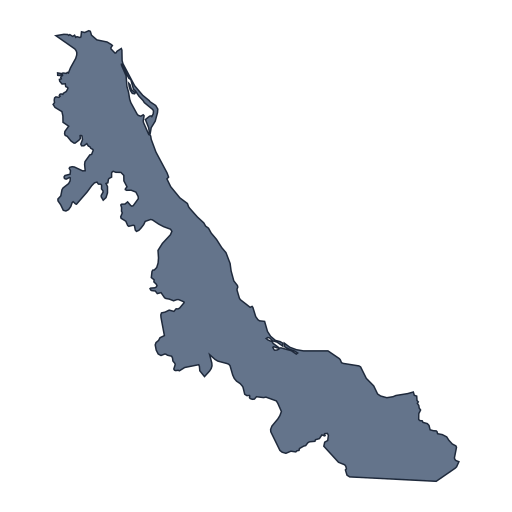 Veracruz, Albers equal-area conic projection
{"feature_id": "MEX-2734", "entity_name": "Veracruz", "entity_type": "State", "adm_level": 1, "iso_a3": "MEX", "parent_name": "Mexico", "parent_adm1": "", "projection": "albers", "projection_center": [-96.92, 19.815], "detail": "fine", "context": "isolated", "style": "filled", "palette": "slate", "viewbox_px": 512, "rotation_deg": 0, "n_neighbors": 0, "source": "natural_earth", "source_scale": "10m", "svg_char_len": 5924}
<svg xmlns="http://www.w3.org/2000/svg" viewBox="0 0 512 512"><path d="M121.3,48.5L121.9,50.2L122.1,60.5L122.9,63.6L134.6,85.7L142.7,95.3L149.2,100.6L150.1,101.8L155.7,105.5L157.8,109.1L157.5,112.6L155.2,121.2L151.2,127.7L150.2,133.5L149.6,133.5L148.6,127.6L145.4,119.5L149.6,116.2L151.1,115.9L151.8,116.6L153.2,113.9L153.5,111.1L152.8,109.6L144.3,102.6L143.1,100.6L138.9,96.1L135.3,90.7L133.5,89.2L130.8,79.6L128.7,78.1L121.3,63.6L121.6,65.5L126.1,75.8L126.9,86.4L128.5,92.0L129.7,99.3L130.8,102.6L137.1,114.1L138.3,115.4L140.8,116.2L143.2,114.8L144.1,115.8L143.2,120.9L143.5,122.6L148.8,134.6L150.1,135.0L150.7,136.1L151.2,139.3L155.9,152.0L167.0,172.8L168.6,177.1L166.9,178.9L170.7,186.7L179.9,197.9L187.4,203.5L188.6,206.8L189.7,208.3L197.4,217.0L203.8,222.9L205.6,226.1L208.5,228.2L211.2,233.1L216.5,239.4L221.7,247.6L226.0,252.7L230.1,263.5L231.1,270.9L233.8,280.9L237.4,285.5L237.8,287.1L237.0,289.2L237.1,290.4L239.4,298.2L240.4,299.7L250.1,307.3L252.1,306.4L252.9,307.5L255.7,316.6L257.9,319.7L259.5,320.8L264.6,321.4L267.5,331.5L270.6,336.3L275.4,340.4L280.1,341.6L282.8,343.2L282.8,346.1L277.0,342.1L272.6,340.8L269.7,338.0L267.9,337.5L266.2,338.5L268.0,340.0L272.3,341.8L273.1,343.4L278.4,347.3L278.4,347.9L277.1,347.9L273.7,346.7L272.8,347.3L274.0,349.7L274.8,350.3L277.1,350.0L278.9,349.1L279.5,348.0L281.0,347.9L291.3,350.7L296.3,354.1L297.7,353.0L294.4,350.9L289.1,349.1L284.7,346.8L284.4,343.2L289.9,347.3L296.4,349.7L303.5,350.9L328.0,350.9L339.3,358.6L340.3,359.8L341.5,362.7L343.2,363.4L358.9,365.9L360.6,366.9L366.3,378.4L373.7,385.9L377.6,394.0L380.6,396.0L386.8,397.7L393.1,396.7L395.9,395.5L407.7,393.6L413.3,392.0L414.3,395.3L416.7,396.1L417.0,400.5L418.3,401.9L417.3,403.3L418.8,405.5L419.2,408.1L420.6,410.0L418.8,413.6L418.7,419.5L419.9,420.6L422.2,420.8L423.0,422.4L427.3,423.6L429.0,425.4L430.1,429.8L433.3,430.7L436.2,430.9L437.0,431.6L437.6,433.7L442.3,434.6L446.7,436.9L448.8,440.2L452.3,444.0L455.9,445.9L456.5,447.3L454.4,458.0L455.0,459.6L456.0,460.6L458.9,461.7L456.6,466.8L455.2,468.2L436.2,481.3L349.7,476.9L347.0,475.2L345.4,469.9L346.4,468.9L346.3,468.2L345.8,466.3L344.7,464.8L338.5,462.3L323.8,446.2L324.7,442.2L327.7,440.5L328.4,435.3L327.4,433.4L324.8,433.6L324.3,434.2L325.1,435.6L324.5,435.9L321.9,434.9L319.4,438.6L315.5,439.7L314.9,441.3L309.5,441.8L307.8,442.8L305.7,445.6L303.7,446.1L299.5,448.5L299.0,450.4L296.9,450.8L295.8,451.9L290.9,451.2L285.9,453.3L282.1,452.2L279.9,450.4L270.8,431.8L270.6,429.5L271.9,426.1L277.8,419.0L279.9,415.6L281.4,411.5L277.8,403.3L276.3,400.9L265.9,397.1L263.6,397.6L256.5,396.7L254.4,399.1L252.3,399.3L250.3,398.6L249.5,397.7L249.8,396.2L249.5,395.5L246.8,395.6L244.7,394.2L243.0,387.2L242.2,385.9L240.2,383.6L236.6,381.2L234.3,378.5L232.7,375.0L230.0,365.6L228.7,364.2L226.9,363.5L217.8,361.1L215.0,359.4L209.6,354.6L211.8,363.0L212.0,365.9L211.2,368.5L209.6,371.0L204.5,376.6L199.8,370.8L199.4,366.4L198.7,364.7L184.7,367.5L179.4,370.8L178.1,370.3L175.6,370.6L174.5,370.2L173.8,369.0L175.2,364.6L174.8,363.3L172.9,361.0L172.5,358.0L171.6,356.2L167.4,355.2L165.9,354.2L164.8,354.0L161.0,355.5L158.2,354.0L156.2,350.1L155.2,344.9L156.0,342.6L158.6,340.4L160.0,337.7L164.4,335.6L161.0,317.5L160.8,314.9L161.5,312.9L165.1,312.1L169.2,310.1L173.9,311.4L176.1,308.8L178.0,308.9L179.6,308.1L184.1,302.7L184.1,302.1L183.1,301.5L178.7,299.6L176.9,299.6L173.6,300.8L169.3,299.1L165.9,298.5L164.6,297.8L161.0,292.6L157.3,293.6L155.3,291.0L151.7,290.6L150.7,290.0L150.0,288.6L150.7,288.1L154.8,287.8L156.3,287.0L157.0,285.7L156.2,284.1L153.9,281.9L154.1,279.8L151.3,277.6L152.0,271.5L152.8,270.1L154.3,270.0L156.7,267.5L158.1,263.0L158.5,258.0L158.0,250.4L162.4,243.4L170.4,234.8L171.9,231.3L170.5,229.2L163.7,226.7L158.7,224.1L152.3,219.8L150.5,219.5L145.2,221.4L143.7,224.6L141.0,228.1L138.9,230.3L136.5,231.4L135.3,230.1L134.4,225.6L133.2,225.2L128.7,226.3L127.7,225.5L125.8,221.2L121.1,218.3L120.7,216.8L122.3,212.9L121.5,211.2L121.6,207.6L120.8,205.0L121.5,204.2L124.9,204.1L127.6,201.9L130.7,205.5L131.8,206.2L133.2,205.7L138.3,198.7L138.2,196.6L135.9,192.1L131.1,190.2L126.6,190.3L125.3,189.6L125.4,188.8L127.0,186.8L123.9,180.9L123.8,175.4L120.9,172.4L115.8,172.3L113.2,171.3L112.3,171.8L111.6,172.9L111.6,177.1L109.0,178.5L108.4,179.4L107.9,182.8L106.0,183.5L107.5,186.6L107.5,192.9L106.0,197.6L103.2,200.2L101.2,196.8L101.2,195.4L103.1,192.1L102.9,190.7L101.5,188.9L101.6,185.2L100.8,184.2L98.4,184.1L97.0,182.1L94.5,182.8L91.7,185.7L87.2,191.9L76.5,204.2L75.5,203.9L73.2,201.7L72.2,202.5L70.8,206.5L68.6,209.6L65.9,211.0L63.3,210.3L60.7,204.8L58.0,200.9L57.9,199.0L60.8,195.9L62.0,189.7L63.0,188.0L68.6,183.6L70.1,180.9L70.3,177.9L69.4,177.5L66.4,179.1L65.1,178.9L64.2,178.0L64.1,176.8L65.0,175.5L70.1,174.2L70.5,170.7L69.2,168.3L69.8,167.3L72.2,166.7L74.4,167.0L82.7,170.9L85.2,170.7L84.6,164.4L85.0,161.6L89.8,154.9L91.6,154.4L93.2,150.3L92.8,149.4L90.9,148.4L89.9,146.8L88.3,146.0L86.8,143.6L83.9,145.8L81.6,145.8L80.8,144.1L82.5,139.6L82.0,136.0L81.0,135.4L80.1,135.6L80.3,138.6L78.8,140.3L75.1,143.1L74.0,143.1L71.1,141.1L67.2,136.3L65.2,135.4L64.6,133.8L64.9,131.4L68.7,126.2L63.0,122.3L62.9,116.0L61.9,111.6L55.0,107.4L53.1,104.4L54.5,102.7L54.2,100.1L54.6,97.9L55.9,96.9L58.9,97.4L60.1,96.2L59.3,95.5L59.8,94.4L61.0,93.9L62.8,94.4L63.3,93.3L66.3,91.5L67.9,88.5L67.7,87.5L65.7,86.6L65.3,83.8L62.0,84.0L59.7,81.2L59.4,79.4L61.3,78.8L60.7,77.1L62.6,75.3L62.4,74.7L59.1,75.5L57.7,75.3L57.6,72.9L61.6,73.6L63.0,73.0L66.4,73.4L67.3,72.4L68.4,73.0L70.5,67.8L75.7,58.4L76.7,55.1L76.8,52.6L76.1,50.6L74.8,48.9L55.9,35.7L63.9,34.3L67.7,34.5L68.7,35.4L69.8,34.6L72.7,36.4L74.6,35.2L75.7,37.4L76.9,36.7L79.9,37.5L80.9,36.9L81.5,31.8L84.7,32.5L88.8,30.7L90.3,31.3L91.5,35.2L96.9,39.9L107.1,42.0L111.4,44.6L112.4,45.5L110.9,47.7L111.0,48.9L114.9,53.0L115.8,53.0L117.1,51.2L121.3,48.5ZM131.4,89.7L135.3,92.8L134.6,93.8L132.3,93.4L130.4,90.5L129.2,86.7L128.8,83.4L129.9,84.6L131.4,89.7Z" fill="#64748b" stroke="#1e293b" stroke-width="1.5"/></svg>